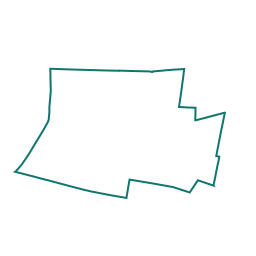 Romanu, Braila, Romania (Equal Earth projection), rotated 105°
{"feature_id": "2599482B95882755808747", "entity_name": "Romanu", "entity_type": "district", "adm_level": 2, "iso_a3": "ROU", "parent_name": "Romania", "parent_adm1": "Braila", "projection": "equal_earth", "projection_center": [27.72, 45.306], "detail": "fine", "context": "isolated", "style": "outline", "palette": "teal", "viewbox_px": 256, "rotation_deg": 105, "n_neighbors": 0, "source": "geoboundaries", "source_scale": "gbopen_adm2", "svg_char_len": 1565}
<svg xmlns="http://www.w3.org/2000/svg" viewBox="0 0 256 256"><g transform="rotate(105 128 128)"><path d="M199.5,225.5L199.4,217.1L199.3,208.1L199.3,199.1L199.2,189.9L199.2,189.6L199.2,180.9L199.2,172.0L199.2,171.8L199.2,168.7L199.1,158.2L199.1,157.9L199.1,153.9L199.0,152.4L198.8,146.6L198.6,143.8L198.2,138.0L197.6,129.9L197.2,124.8L196.7,119.7L196.0,111.4L186.7,112.3L179.3,113.0L177.4,113.1L175.1,89.1L173.4,69.3L174.3,51.7L160.4,47.0L161.5,30.5L161.4,30.6L160.8,30.6L159.3,30.7L155.2,30.9L149.4,31.3L142.1,31.8L135.8,32.1L132.1,32.4L132.1,33.1L132.2,35.5L114.0,36.8L105.6,37.4L104.7,37.4L96.3,37.9L93.1,38.1L88.2,38.4L88.2,38.7L88.4,39.0L91.0,43.5L95.0,50.5L102.7,64.0L103.1,65.0L91.0,68.0L92.0,72.8L92.3,73.6L94.5,84.2L92.7,84.4L86.3,85.1L76.5,86.3L73.6,86.7L64.9,87.8L56.5,89.0L60.3,100.4L63.0,107.9L63.1,108.0L66.8,118.3L66.9,118.5L67.0,118.5L67.4,118.7L67.6,118.9L67.7,119.4L67.7,121.1L67.7,121.6L69.8,130.2L70.8,134.2L73.3,144.7L73.4,144.9L73.5,145.3L73.6,146.1L74.0,147.7L74.5,149.8L74.8,151.3L75.0,151.3L79.3,169.0L80.8,175.4L81.3,177.4L82.8,183.8L83.1,185.0L85.9,196.9L88.7,208.8L90.3,215.9L90.8,217.9L90.9,218.4L91.0,218.4L91.6,218.2L94.2,217.4L98.6,216.2L102.3,215.1L106.0,214.0L110.1,212.8L112.1,212.2L112.6,212.1L122.7,210.3L128.4,209.3L132.7,208.1L140.8,206.7L141.3,206.8L143.5,207.1L144.9,207.4L146.2,207.8L148.8,208.4L153.9,209.8L160.6,211.7L164.1,212.8L167.6,213.8L170.1,214.5L180.1,217.4L191.1,221.3L192.0,221.8L193.1,222.3L196.8,224.1L197.4,224.4L198.7,225.1L199.4,225.4L199.5,225.5Z" fill="none" stroke="#0f766e" stroke-width="2"/></g></svg>